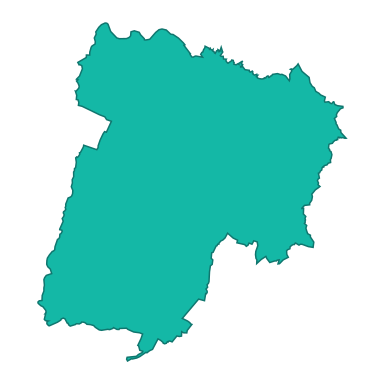 outline of Amatitán, Jalisco, Mexico
{"feature_id": "50627088B14856852442900", "entity_name": "Amatitán", "entity_type": "district", "adm_level": 2, "iso_a3": "MEX", "parent_name": "Mexico", "parent_adm1": "Jalisco", "projection": "mercator", "projection_center": [-103.707, 20.845], "detail": "fine", "context": "isolated", "style": "filled", "palette": "teal", "viewbox_px": 384, "rotation_deg": 0, "n_neighbors": 0, "source": "geoboundaries", "source_scale": "gbopen_adm2", "svg_char_len": 5822}
<svg xmlns="http://www.w3.org/2000/svg" viewBox="0 0 384 384"><path d="M45.3,313.4L45.8,313.2L44.3,319.3L45.4,320.6L48.3,321.0L47.0,321.6L46.9,323.8L48.5,325.6L49.4,325.8L57.5,322.2L60.8,320.1L61.3,318.9L63.3,318.1L65.0,318.9L67.2,323.1L68.1,323.3L68.6,324.8L70.2,326.1L75.5,324.5L76.3,323.7L79.3,323.9L81.2,322.9L81.6,322.1L83.7,322.2L85.4,322.9L86.9,324.3L90.4,324.6L93.6,325.5L95.3,327.3L99.2,329.9L101.5,330.3L107.7,329.3L109.7,329.6L112.9,328.4L113.5,327.6L116.9,329.4L119.0,329.5L119.6,328.5L126.5,328.2L127.9,329.4L133.7,332.0L139.6,332.8L142.6,334.0L141.0,338.7L137.8,345.4L138.6,345.8L139.8,350.3L142.8,351.3L142.3,352.5L138.4,354.5L136.4,356.3L127.1,357.3L126.6,359.2L127.5,361.0L131.5,358.8L132.4,359.0L136.8,358.0L139.8,356.6L146.0,352.3L146.9,352.8L149.6,350.7L152.5,349.4L158.0,338.9L160.7,340.4L163.1,342.5L163.2,343.2L164.6,343.8L166.3,343.3L167.3,341.8L168.0,342.1L168.2,341.4L169.8,341.0L172.1,341.9L176.9,336.0L179.4,336.5L181.5,336.1L181.7,331.7L183.6,332.8L186.8,332.9L187.2,330.5L191.9,324.4L190.5,323.8L189.9,322.7L187.7,321.1L182.3,318.4L198.6,299.1L204.5,300.7L205.7,293.5L206.5,293.7L207.2,292.3L207.1,291.1L206.0,289.0L207.6,287.3L207.1,284.7L208.4,283.4L209.0,281.6L209.5,271.8L210.4,265.8L212.2,264.4L212.8,259.9L211.2,258.3L211.7,252.8L213.1,252.3L216.1,246.0L216.9,245.8L217.7,244.2L218.9,244.1L219.0,243.1L220.8,241.0L223.0,239.9L225.0,238.0L227.6,233.2L233.2,238.1L237.6,240.2L236.9,242.8L244.7,244.6L246.3,246.3L248.0,245.2L249.0,243.1L252.0,244.2L253.8,240.8L257.2,241.9L257.8,245.7L255.8,251.4L255.5,254.7L256.0,258.4L256.9,259.8L256.7,263.6L261.3,259.4L265.9,256.4L266.7,258.4L269.8,262.5L274.9,260.9L276.3,261.0L277.1,260.2L279.1,259.8L278.0,263.9L279.5,263.7L283.3,259.8L288.3,257.3L286.8,254.4L286.6,250.8L287.6,249.7L289.9,248.8L290.1,246.8L291.3,245.7L292.9,244.6L294.5,244.5L294.9,243.4L295.5,243.0L299.0,245.1L300.5,244.2L302.1,244.3L308.3,246.6L313.1,247.4L313.8,242.1L310.4,237.0L310.4,235.2L307.7,233.7L306.7,231.0L305.9,228.1L306.7,225.5L304.4,223.4L305.2,222.3L305.1,220.4L305.5,220.0L305.0,218.3L305.8,216.5L303.4,214.0L303.6,208.4L301.9,208.5L301.9,208.2L304.5,205.4L309.7,204.8L309.6,203.3L311.7,200.3L312.4,196.6L311.8,194.2L315.3,189.9L320.0,186.5L318.0,184.7L318.5,183.0L317.4,180.7L318.1,179.1L319.4,178.1L318.4,173.2L319.6,172.8L320.4,171.0L321.7,170.1L322.1,167.8L322.9,166.9L323.7,167.1L324.2,165.6L327.0,164.9L328.2,163.2L330.6,162.5L330.4,159.6L331.1,158.5L331.9,154.7L331.0,151.6L329.6,150.6L329.6,149.4L328.5,148.3L328.9,144.5L329.4,144.0L332.4,143.3L333.5,141.7L335.1,140.3L336.3,140.2L336.6,139.5L337.6,139.7L338.2,137.2L339.1,137.2L339.7,137.9L340.4,137.5L341.2,137.9L342.6,137.6L345.0,138.3L346.1,138.2L340.9,132.5L340.7,130.2L338.9,129.1L338.1,127.7L337.0,124.9L336.0,123.7L336.1,122.4L334.4,118.5L336.7,116.5L336.4,114.7L337.3,112.6L340.4,108.8L343.0,107.8L342.9,106.4L337.5,105.7L334.8,104.5L333.8,101.8L333.3,101.8L331.8,103.6L330.6,103.4L328.7,101.7L325.0,102.2L324.4,100.9L325.3,97.1L320.6,94.9L318.9,93.2L315.8,91.4L314.3,87.8L312.2,86.3L310.0,82.7L309.1,77.4L302.0,71.4L298.1,63.9L296.9,65.6L292.8,69.3L291.2,68.9L290.4,69.3L291.5,69.9L291.8,70.9L289.7,74.5L289.9,78.8L289.3,80.8L285.6,76.0L281.9,74.3L280.6,74.6L277.5,73.6L272.5,74.4L271.7,75.7L270.5,76.1L269.3,77.4L268.8,77.5L268.0,75.9L266.5,76.6L265.7,78.0L264.3,77.8L264.1,78.6L261.8,79.0L259.1,78.6L257.5,78.0L257.4,77.2L256.4,76.7L257.8,75.2L256.7,75.1L256.7,74.3L254.5,75.1L253.1,74.2L253.1,73.6L252.6,73.1L252.8,71.7L252.4,71.1L250.3,72.1L249.4,71.5L249.3,70.3L245.0,69.7L242.8,66.8L240.6,67.0L240.6,66.5L242.4,65.5L242.2,64.6L242.5,64.4L241.5,63.8L241.5,63.0L242.7,61.0L238.8,63.4L238.9,64.4L237.8,63.8L236.1,64.8L233.9,64.2L234.1,62.5L233.6,62.3L233.3,60.4L231.8,60.0L231.5,60.8L228.0,63.2L227.6,63.0L226.2,61.4L225.9,59.8L226.3,59.2L223.5,59.0L223.2,56.3L221.2,56.4L220.3,55.7L222.8,52.0L222.1,51.4L222.3,50.9L221.2,47.3L220.0,51.2L219.1,51.7L218.9,50.2L217.9,49.6L217.9,50.7L216.6,50.8L215.2,53.4L214.3,52.7L214.0,51.6L212.7,51.0L213.0,49.5L212.3,50.1L211.8,49.9L210.8,49.5L210.2,48.2L209.4,49.1L209.2,48.3L205.1,46.2L204.8,47.9L203.6,49.6L202.8,52.0L201.9,52.4L200.7,54.3L202.6,57.2L196.4,56.1L195.2,56.1L193.1,57.2L191.8,56.9L190.5,55.1L189.9,53.9L190.3,53.7L183.9,45.3L184.9,44.8L183.3,42.8L178.5,38.1L173.1,34.5L170.7,34.2L166.3,30.0L162.0,29.0L159.0,29.7L155.7,32.4L149.7,39.3L145.7,40.0L144.4,39.8L144.3,38.7L140.6,34.8L139.2,32.3L134.3,30.8L131.0,31.8L130.6,35.8L129.6,37.1L128.2,37.9L126.4,38.6L119.3,38.7L116.8,37.9L110.7,31.5L108.0,24.2L106.8,23.2L105.1,23.0L101.4,24.7L98.8,27.3L95.8,31.9L96.2,34.1L94.3,38.0L95.3,41.5L95.1,44.0L92.0,46.0L91.2,47.2L89.8,52.1L89.7,55.1L86.4,55.0L86.3,57.5L77.8,62.4L79.1,64.9L79.8,64.6L81.8,65.7L82.4,68.8L79.5,76.1L76.5,79.2L78.0,79.8L76.5,81.0L78.0,83.1L79.2,86.1L78.8,88.1L76.0,91.3L75.4,91.1L76.7,95.3L76.3,99.5L78.0,99.8L78.8,102.5L78.4,105.4L82.1,106.3L99.4,114.7L104.8,116.8L106.6,119.6L111.4,121.3L106.4,132.2L104.6,131.6L103.1,133.8L100.2,139.9L98.1,145.9L98.2,147.4L96.8,149.7L83.7,145.2L83.4,146.9L80.8,151.8L80.2,152.7L79.5,152.8L79.7,154.4L78.7,156.0L77.5,157.4L76.7,156.9L75.7,157.9L76.3,162.3L75.6,167.7L74.5,168.5L74.4,170.8L73.6,172.0L73.7,176.7L72.2,179.7L72.4,183.1L71.3,186.7L72.8,190.4L72.6,193.6L71.7,195.9L70.7,196.9L68.1,198.0L65.7,204.2L65.8,206.2L65.2,207.5L65.8,209.2L64.6,211.1L63.6,211.6L63.3,212.9L64.2,214.8L63.6,216.6L62.2,218.5L63.2,221.2L59.7,229.2L59.7,229.7L61.8,230.2L62.2,231.4L61.0,233.6L59.9,234.2L59.6,237.3L58.7,238.8L57.5,239.4L55.0,246.7L54.7,249.8L53.4,251.1L52.3,251.4L49.5,254.8L47.4,258.1L46.9,260.5L46.7,264.2L47.1,265.3L47.9,266.9L50.3,269.1L51.7,273.6L46.3,275.4L44.6,277.7L43.9,279.7L44.4,285.3L43.9,287.9L43.9,291.0L42.2,295.5L42.0,300.5L39.2,300.8L37.9,302.1L38.2,303.4L40.8,305.7L42.9,306.7L45.7,310.3L46.1,312.1L45.3,313.4Z" fill="#14b8a6" stroke="#0f766e" stroke-width="1.5"/></svg>